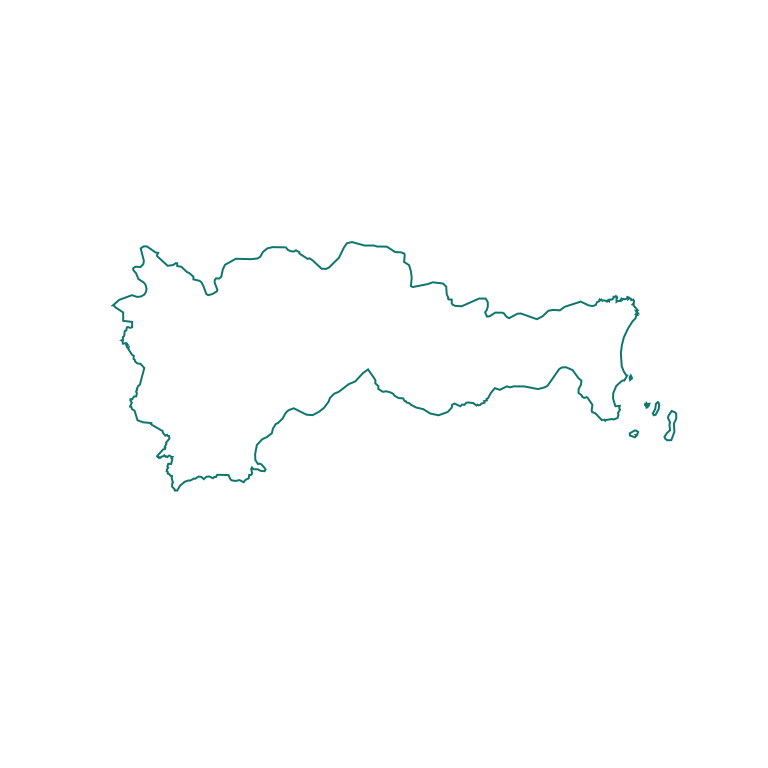 Bengkayang, Kalimantan Barat, Indonesia (Albers equal-area conic projection), rotated 209°
{"feature_id": "22746128B96004883426087", "entity_name": "Bengkayang", "entity_type": "district", "adm_level": 2, "iso_a3": "IDN", "parent_name": "Indonesia", "parent_adm1": "Kalimantan Barat", "projection": "albers", "projection_center": [109.504, 1.033], "detail": "fine", "context": "isolated", "style": "outline", "palette": "teal", "viewbox_px": 768, "rotation_deg": 209, "n_neighbors": 0, "source": "geoboundaries", "source_scale": "gbopen_adm2", "svg_char_len": 6171}
<svg xmlns="http://www.w3.org/2000/svg" viewBox="0 0 768 768"><g transform="rotate(209 384 384)"><path d="M659.2,321.3L658.1,321.8L656.6,320.9L646.8,320.1L642.7,312.8L634.4,316.2L631.8,311.5L633.4,310.0L635.7,309.7L636.3,308.8L635.4,305.9L636.3,305.0L636.2,304.0L634.5,300.0L635.2,298.4L633.6,295.9L634.6,294.9L633.5,294.9L632.0,292.7L629.0,294.9L627.0,294.0L628.2,293.0L626.3,291.4L625.1,292.4L624.5,290.6L618.8,287.5L616.5,287.3L615.1,284.4L613.6,284.2L612.5,283.0L609.5,282.4L606.9,283.6L601.4,281.8L597.2,265.1L598.0,263.1L597.8,259.7L597.1,259.3L597.1,257.0L595.7,256.2L594.7,253.1L596.6,251.8L596.9,248.4L598.4,247.8L597.9,246.7L595.5,245.4L595.2,241.1L593.8,241.4L592.2,239.9L589.2,239.7L582.0,232.8L576.2,233.7L568.5,237.0L568.3,236.0L567.0,235.7L554.8,235.5L554.0,234.4L550.3,232.7L549.1,234.3L548.0,233.7L546.7,234.2L545.2,232.1L546.2,226.9L545.3,226.1L545.3,222.6L544.4,222.4L544.1,220.9L545.5,219.6L547.5,210.8L546.7,210.4L545.3,211.0L544.8,210.3L543.5,211.4L543.6,212.4L542.0,213.8L541.7,215.0L540.0,214.5L539.9,215.1L538.0,215.1L537.5,217.0L536.7,217.5L534.7,217.1L533.7,217.6L533.9,216.1L532.8,215.9L531.4,210.9L534.0,209.6L533.4,206.7L532.1,206.1L532.5,204.4L531.8,202.3L530.8,202.4L529.4,200.8L528.2,201.1L526.1,200.2L524.9,200.8L523.8,198.3L520.8,195.6L521.1,194.6L519.6,191.5L516.0,190.4L515.3,189.4L513.4,190.6L513.2,189.7L513.1,196.3L510.8,202.0L508.1,205.0L506.8,205.4L504.4,209.1L503.1,209.7L501.4,213.1L498.6,214.2L495.5,213.4L494.3,216.8L492.2,218.3L487.9,218.7L487.5,220.2L485.7,221.5L486.0,223.4L485.4,224.0L475.9,228.9L471.9,226.1L470.5,225.9L467.1,227.1L463.7,229.9L459.1,230.1L458.7,232.9L456.6,236.0L457.8,239.2L456.3,239.8L455.9,240.9L456.4,242.4L458.9,245.2L459.0,247.0L456.9,246.2L453.0,248.2L449.9,248.2L446.2,249.8L446.1,251.8L448.3,252.9L452.3,254.3L454.3,254.0L455.3,252.9L459.6,255.1L462.6,259.9L465.6,268.9L463.7,276.7L460.8,280.7L458.2,286.6L459.5,290.9L459.3,296.5L457.8,298.5L455.9,304.9L456.0,310.6L455.4,313.2L454.7,314.9L451.2,319.0L436.9,319.6L431.3,322.2L427.1,328.7L424.9,334.1L423.9,341.8L424.5,345.6L422.9,351.3L419.8,355.2L414.8,366.7L410.4,372.3L407.7,383.3L405.0,389.0L394.8,384.0L393.2,383.0L392.0,380.4L387.9,379.4L386.6,376.9L381.3,376.6L378.3,378.8L374.1,379.8L370.9,379.8L369.3,378.8L364.3,378.8L360.4,380.7L357.8,379.1L356.4,379.5L355.4,378.8L352.3,379.5L350.4,378.9L344.5,379.0L337.6,381.0L329.2,380.6L321.1,383.1L314.7,390.4L313.3,396.3L314.3,398.8L312.9,401.1L306.5,401.5L305.7,403.9L303.5,404.8L302.9,407.5L301.5,408.6L296.7,410.6L292.7,410.0L292.3,411.2L290.8,411.3L289.8,412.2L289.4,413.9L287.0,416.4L288.1,417.7L286.1,419.5L287.0,420.7L286.1,422.1L286.2,428.2L285.0,434.1L279.9,435.0L275.4,441.5L272.3,442.1L269.3,444.9L260.1,449.9L246.9,454.2L242.1,458.7L240.1,461.7L238.0,482.0L236.4,484.7L232.9,486.9L225.8,487.6L216.8,483.4L213.0,482.7L211.4,478.9L211.3,473.8L209.5,470.5L205.5,469.9L204.5,468.9L202.1,468.9L200.4,470.8L199.4,470.7L191.6,466.8L189.5,461.4L188.4,460.4L184.8,460.8L176.0,458.0L173.9,459.7L172.7,459.1L172.4,460.1L167.6,463.9L166.1,464.2L163.3,467.4L164.0,470.8L165.4,472.1L165.1,475.9L166.7,477.1L167.2,479.2L170.7,476.8L171.3,477.1L176.8,482.6L179.1,487.3L179.9,494.9L177.7,501.5L176.7,503.0L175.5,503.5L175.4,509.3L176.4,509.1L180.4,511.2L184.7,514.8L191.9,526.0L194.8,533.4L196.8,540.8L197.5,551.1L197.0,559.3L195.9,563.4L196.5,566.5L195.7,567.2L196.5,567.6L196.8,566.7L197.6,566.8L197.2,568.8L198.3,569.5L196.9,569.5L198.7,570.6L197.9,571.5L203.6,573.6L204.1,574.5L205.2,574.1L204.8,576.1L205.6,577.9L207.0,578.6L208.4,577.2L209.6,578.3L210.9,578.1L211.4,576.9L211.8,578.3L213.3,578.1L212.8,576.9L214.3,574.9L215.9,574.5L216.3,573.1L217.6,573.8L217.9,571.9L217.3,571.2L220.0,569.7L220.5,568.6L221.9,571.0L221.7,572.2L222.8,573.3L223.8,573.3L223.9,572.4L225.5,571.6L224.9,570.0L225.3,568.7L227.7,567.1L227.2,565.6L228.6,566.0L228.5,564.6L229.4,564.0L230.0,564.5L232.5,563.6L233.3,562.7L234.8,563.2L235.0,562.3L236.4,562.4L236.0,560.6L237.4,558.8L237.1,555.8L239.4,553.2L243.1,552.0L251.9,551.4L263.4,539.1L265.9,533.7L272.1,530.7L275.7,527.8L278.2,520.0L281.7,514.8L298.5,512.0L301.4,510.1L306.5,502.2L309.4,502.2L313.3,503.9L314.9,503.8L321.3,500.4L324.4,494.5L326.7,492.9L330.3,495.8L330.0,498.4L330.7,501.9L332.9,505.9L336.5,508.0L342.3,504.8L353.7,489.7L359.4,486.9L362.3,486.6L363.8,487.3L365.7,490.7L368.2,489.4L369.3,489.6L369.7,490.8L372.5,492.7L376.8,499.3L381.1,500.5L390.6,496.6L394.4,492.4L405.9,482.7L408.0,482.7L411.2,490.2L414.9,495.4L419.7,500.1L425.6,500.5L428.4,506.8L429.6,507.9L432.7,507.5L438.3,504.8L448.1,505.5L456.7,500.9L460.0,500.2L468.1,495.7L480.9,492.6L484.7,489.0L485.2,483.9L484.6,472.6L488.6,459.1L490.6,456.5L494.5,454.6L506.4,457.5L510.0,457.8L511.4,456.4L521.2,457.1L521.9,458.2L525.9,458.2L527.1,456.1L529.8,455.0L533.1,454.7L536.1,455.9L547.8,449.7L551.7,446.2L553.9,440.9L553.9,435.2L555.5,432.4L561.2,428.5L574.3,421.7L580.8,411.2L580.6,406.3L578.3,398.9L579.4,396.3L582.1,395.0L582.4,392.8L581.3,390.6L575.4,385.6L575.1,384.0L577.5,379.7L580.8,376.5L582.9,376.5L589.7,382.3L593.3,384.6L595.5,384.8L601.4,383.1L602.7,385.4L607.9,386.6L610.8,386.4L618.0,388.3L622.0,386.9L623.4,389.3L624.7,388.8L626.0,385.9L630.5,382.5L644.3,385.8L645.0,386.4L645.1,389.1L647.6,388.3L657.9,389.4L660.9,387.9L662.5,384.6L653.8,375.4L652.6,372.1L653.7,368.2L657.9,366.3L659.4,364.1L659.3,363.1L658.1,361.9L654.6,360.7L649.7,356.8L643.5,356.3L640.7,355.2L637.6,351.8L636.8,348.6L637.1,345.8L638.9,342.8L642.0,340.5L647.5,339.5L656.4,329.2L659.2,321.3ZM109.0,472.1L105.5,474.2L106.9,483.1L111.2,489.8L111.6,495.4L114.0,499.6L115.7,500.3L119.3,499.9L119.8,494.6L119.3,492.1L115.1,489.0L114.8,487.1L111.4,482.2L112.8,478.2L113.1,473.7L111.5,472.5L109.0,472.1ZM135.8,500.9L136.5,498.4L134.7,493.7L134.6,488.5L132.8,487.5L131.5,488.8L131.6,495.2L133.1,499.1L135.1,501.0L135.8,500.9ZM144.0,458.2L138.7,459.0L138.1,461.0L139.0,461.4L138.0,461.9L138.5,465.3L140.7,465.5L142.2,464.9L145.1,460.0L144.0,458.2ZM143.6,491.5L143.0,490.6L142.2,491.4L142.9,492.4L141.9,493.3L142.3,495.4L144.2,494.0L145.1,494.4L144.8,493.4L145.9,493.2L145.7,492.2L143.6,491.5ZM170.7,506.8L169.8,509.3L172.3,511.1L172.4,509.0L170.7,506.8Z" fill="none" stroke="#0f766e" stroke-width="2"/></g></svg>